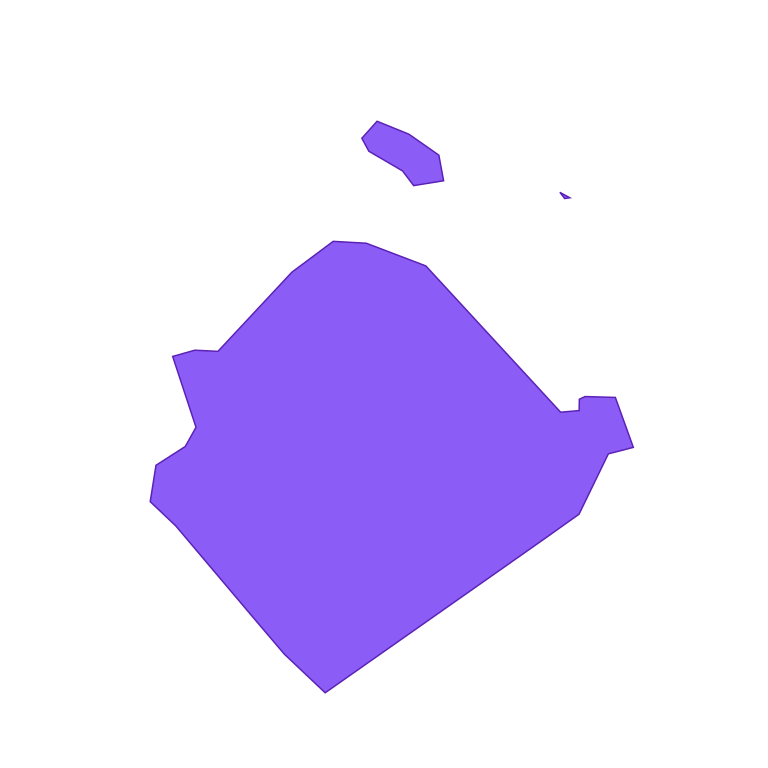 San Francisco, California, United States of America (Mercator projection), rotated 325°
{"feature_id": "52423323B46695716253077", "entity_name": "San Francisco", "entity_type": "district", "adm_level": 2, "iso_a3": "USA", "parent_name": "United States of America", "parent_adm1": "California", "projection": "mercator", "projection_center": [-122.408, 37.77], "detail": "fine", "context": "isolated", "style": "filled", "palette": "violet", "viewbox_px": 768, "rotation_deg": 325, "n_neighbors": 0, "source": "geoboundaries", "source_scale": "gbopen_adm2", "svg_char_len": 653}
<svg xmlns="http://www.w3.org/2000/svg" viewBox="0 0 768 768"><g transform="rotate(325 384 384)"><path d="M469.1,602.5L527.7,569.9L551.9,578.9L565.8,527.7L541.5,509.6L535.3,508.5L528.6,517.7L512.5,508.4L486.0,311.3L450.2,258.5L424.2,238.0L375.0,239.5L372.5,239.6L266.7,262.0L248.4,247.8L226.7,240.2L205.2,311.6L185.4,321.2L150.6,319.8L125.0,346.3L132.0,380.6L143.5,506.7L147.4,548.1L158.7,603.2L388.9,602.9L430.2,602.8L469.1,602.5ZM506.8,170.0L505.1,184.7L521.4,220.1L522.1,238.5L549.4,251.7L560.2,228.0L547.7,193.7L529.0,164.8L506.8,170.0ZM638.0,327.9L638.4,335.7L643.0,338.0L638.0,327.9Z" fill="#8b5cf6" stroke="#5b21b6" stroke-width="1.5"/></g></svg>